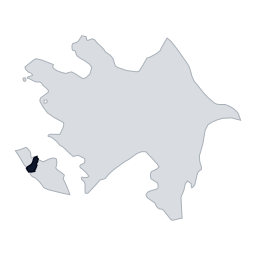 location of Kangarli District, Babək, Azerbaijan
{"feature_id": "54616110B75082210580506", "entity_name": "Kangarli District", "entity_type": "district", "adm_level": 2, "iso_a3": "AZE", "parent_name": "Azerbaijan", "parent_adm1": "Babək", "projection": "equal_earth", "projection_center": [45.21, 39.448], "detail": "fine", "context": "in_parent", "style": "filled", "palette": "ink", "viewbox_px": 256, "rotation_deg": 0, "n_neighbors": 0, "source": "geoboundaries", "source_scale": "gbopen_adm2", "svg_char_len": 3882}
<svg xmlns="http://www.w3.org/2000/svg" viewBox="0 0 256 256"><path d="M182.1,218.4L180.9,218.3L172.6,220.3L170.9,219.7L163.6,210.3L162.1,209.2L159.0,208.8L157.2,207.3L155.7,204.8L154.8,202.9L147.4,197.8L146.3,196.0L146.1,194.3L147.2,192.9L148.4,191.6L152.0,190.4L156.2,189.3L157.5,188.5L158.2,187.2L158.1,185.0L157.4,182.9L151.3,179.0L150.6,177.3L150.4,175.3L150.7,173.2L151.6,171.5L156.5,169.2L159.1,166.9L157.4,164.3L152.1,158.3L145.7,151.7L141.5,151.7L136.7,153.6L129.1,159.2L124.8,161.6L119.3,165.6L113.3,170.0L108.3,174.7L105.3,178.5L99.7,180.2L97.0,183.5L87.8,193.3L85.2,193.1L85.0,188.3L85.1,184.5L84.5,182.2L81.5,179.2L81.4,177.9L82.2,177.1L84.5,177.6L87.5,177.4L88.9,176.2L85.7,172.2L82.9,169.6L80.5,167.8L79.9,166.7L79.9,165.9L80.4,165.0L84.5,162.8L84.9,160.8L84.6,158.6L78.1,155.3L73.3,156.5L68.9,152.8L66.1,149.9L62.7,146.8L59.6,145.1L56.6,141.3L51.4,137.3L48.1,136.2L48.1,135.6L48.8,134.8L50.1,134.2L59.3,134.4L60.4,133.7L61.0,132.0L62.2,129.4L63.7,125.7L63.6,122.6L54.3,117.6L47.6,113.0L43.0,106.9L39.9,101.3L40.0,99.4L40.9,97.7L48.0,92.5L48.5,91.2L48.3,90.3L45.8,87.7L42.6,85.0L41.6,83.0L39.6,82.0L35.7,81.9L29.0,78.6L27.6,78.3L27.3,77.6L27.6,77.0L32.4,75.6L32.3,74.5L30.9,73.1L28.2,72.0L25.7,69.4L24.9,67.0L33.5,60.1L36.0,58.7L41.7,60.0L53.4,64.6L52.6,67.1L53.8,68.5L56.5,70.5L61.7,72.5L66.1,73.5L68.3,72.6L71.6,71.9L76.0,74.2L80.1,77.0L82.1,78.2L83.2,78.6L86.2,77.6L89.9,73.9L91.3,69.4L91.7,67.2L89.5,64.2L85.1,61.0L80.1,58.2L76.9,55.7L74.9,50.7L72.8,50.2L72.3,49.5L72.0,47.9L72.0,45.5L72.7,43.7L74.7,42.9L76.7,42.6L78.5,40.9L80.8,37.5L81.8,35.7L86.1,36.7L86.7,39.8L87.4,40.4L89.2,40.0L92.2,38.8L94.5,39.7L97.6,43.4L101.8,47.2L104.1,49.7L105.0,51.5L107.2,53.2L110.3,55.2L112.9,58.4L115.2,65.7L117.5,67.4L125.6,70.2L128.5,70.8L136.4,71.8L139.2,71.1L143.2,64.7L146.8,58.2L150.3,56.9L156.4,53.7L160.1,50.7L161.6,47.5L165.0,41.5L167.1,38.1L170.8,41.1L177.3,49.3L186.7,62.7L189.0,66.4L190.5,70.8L191.9,76.2L194.0,80.9L203.5,92.8L207.6,97.2L214.2,102.9L216.6,104.1L219.6,104.5L225.2,104.5L230.4,106.7L233.0,108.3L235.7,110.6L238.1,113.2L240.6,120.2L231.6,117.9L222.6,118.3L217.5,119.8L212.6,121.8L208.0,124.7L205.1,130.4L202.9,143.5L199.4,155.8L199.7,161.5L201.4,166.9L201.3,169.5L199.6,170.6L197.5,173.0L194.9,184.3L193.6,186.5L191.8,187.9L191.3,186.6L191.3,183.6L187.3,181.0L185.3,184.0L183.9,190.2L181.1,196.8L181.0,198.0L182.1,218.4ZM46.9,102.4L47.3,100.7L46.2,99.9L45.0,99.9L44.0,100.7L44.0,102.9L45.4,103.3L46.9,102.4ZM17.3,153.5L16.0,151.7L15.4,150.7L19.4,149.9L26.0,147.4L27.8,148.6L29.7,151.1L30.7,153.2L30.9,157.1L31.7,157.8L34.9,156.4L36.4,158.0L38.9,159.9L43.2,161.8L49.4,158.9L52.5,158.1L55.0,158.2L56.4,159.1L56.9,162.1L56.4,165.9L55.7,168.0L57.0,169.5L62.1,173.1L64.3,175.1L63.2,178.7L67.1,187.2L68.4,190.6L69.9,194.7L62.1,193.1L48.0,189.6L44.1,187.8L40.5,183.0L38.3,180.7L35.1,177.8L32.4,176.7L30.4,174.6L29.3,171.5L27.6,168.8L24.7,165.6L18.2,154.7L17.3,153.5ZM25.7,80.8L24.9,81.4L23.5,80.8L23.1,79.5L23.2,78.1L24.6,77.8L25.6,78.2L25.9,79.4L25.7,80.8Z" fill="#d9dde1" stroke="#a8b0b8" stroke-width="1"/><path d="M38.1,158.8L38.0,158.5L37.4,158.1L37.1,157.7L37.0,157.3L36.9,156.9L36.9,156.5L36.4,156.7L36.0,156.8L35.6,157.1L35.2,157.3L34.6,157.6L34.2,157.9L33.9,158.3L33.7,158.8L33.5,159.3L33.3,160.0L33.2,160.5L33.1,161.2L32.9,161.6L32.7,162.1L32.6,162.4L32.3,162.9L32.1,163.3L31.9,163.6L31.6,164.0L31.4,164.5L30.8,164.8L30.4,165.1L29.8,165.5L29.3,165.8L28.9,166.1L28.2,166.5L27.7,166.9L27.2,167.1L26.8,167.9L26.5,168.3L26.9,169.0L27.1,169.4L27.2,169.9L27.9,170.6L28.2,171.1L28.6,171.8L28.9,171.6L29.7,171.7L30.6,171.9L31.2,172.0L31.7,171.8L32.6,171.7L33.7,171.5L34.3,171.4L34.2,171.3L34.6,170.7L34.8,170.2L35.0,169.6L35.4,169.1L35.7,168.3L36.0,167.5L36.3,166.7L36.6,166.0L36.8,165.4L36.6,164.6L36.4,163.5L36.5,162.7L37.2,162.4L37.5,161.7L37.6,161.2L37.8,160.1L38.0,159.4L38.1,158.8L38.1,158.8Z" fill="#0f172a" stroke="#020617" stroke-width="1.5"/></svg>